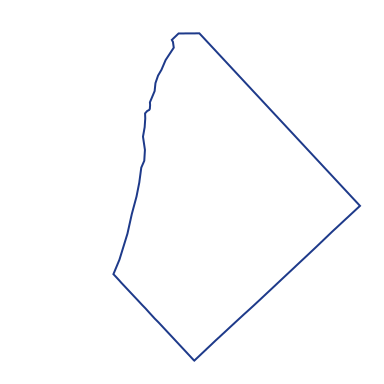 the district of Chautauqua, New York, United States of America, rotated 317°
{"feature_id": "52423323B8840369760606", "entity_name": "Chautauqua", "entity_type": "district", "adm_level": 2, "iso_a3": "USA", "parent_name": "United States of America", "parent_adm1": "New York", "projection": "mercator", "projection_center": [-79.482, 42.284], "detail": "fine", "context": "isolated", "style": "outline", "palette": "blue", "viewbox_px": 384, "rotation_deg": 317, "n_neighbors": 0, "source": "geoboundaries", "source_scale": "gbopen_adm2", "svg_char_len": 751}
<svg xmlns="http://www.w3.org/2000/svg" viewBox="0 0 384 384"><g transform="rotate(317 192 192)"><path d="M78.5,198.5L78.5,206.6L78.4,210.2L78.5,236.2L78.5,238.0L78.5,240.7L78.6,245.4L78.5,250.6L78.4,259.1L78.6,264.5L78.6,308.1L78.6,316.3L78.7,316.9L108.2,316.7L122.8,316.8L127.4,316.8L146.7,316.9L150.9,317.0L159.8,317.1L172.2,317.1L244.4,316.9L267.4,316.6L305.4,316.7L305.6,81.0L290.3,66.9L281.0,67.0L280.4,69.3L277.1,74.0L262.7,77.5L253.0,81.8L246.6,83.7L239.6,87.4L233.5,92.7L222.4,97.7L220.6,99.9L217.9,102.4L216.7,102.8L214.4,102.2L211.3,102.5L208.0,106.3L201.6,112.3L193.9,118.1L186.3,129.1L178.4,136.6L171.5,139.6L159.8,149.2L148.3,157.5L132.9,167.1L116.3,178.5L92.8,192.0L78.5,198.5Z" fill="none" stroke="#1e3a8a" stroke-width="2"/></g></svg>